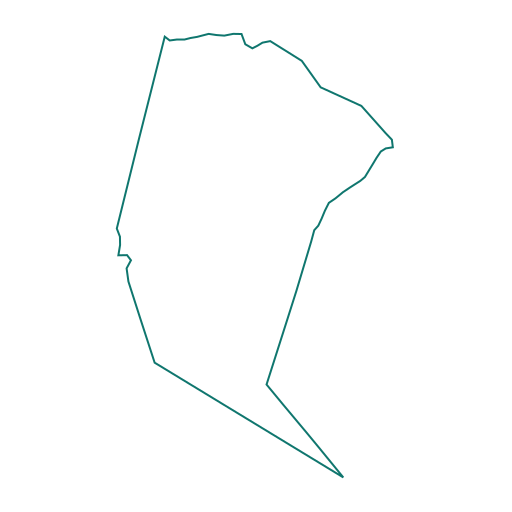 outline of Cruz do Espírito Santo, Paraíba, Brazil, rotated 179°
{"feature_id": "56859067B4098892245572", "entity_name": "Cruz do Espírito Santo", "entity_type": "district", "adm_level": 2, "iso_a3": "BRA", "parent_name": "Brazil", "parent_adm1": "Paraíba", "projection": "natural_earth1", "projection_center": [-35.118, -7.129], "detail": "fine", "context": "isolated", "style": "outline", "palette": "teal", "viewbox_px": 512, "rotation_deg": 179, "n_neighbors": 0, "source": "geoboundaries", "source_scale": "gbopen_adm2", "svg_char_len": 883}
<svg xmlns="http://www.w3.org/2000/svg" viewBox="0 0 512 512"><g transform="rotate(179 256 256)"><path d="M343.4,476.9L370.9,375.4L394.7,285.9L391.7,277.7L391.7,269.4L393.6,259.1L384.9,259.1L381.1,253.9L385.6,245.9L384.0,232.7L373.0,196.2L359.2,151.1L172.6,33.1L197.5,64.7L207.7,77.5L231.6,107.1L247.7,127.3L226.0,191.4L216.3,220.2L200.6,269.4L197.3,280.8L193.2,285.2L189.8,292.1L186.3,300.1L182.2,307.9L175.6,312.2L167.9,318.3L161.1,322.7L156.1,325.8L150.4,329.3L145.7,333.1L140.7,341.0L137.4,346.2L133.8,352.0L129.4,358.3L124.4,361.3L117.3,362.3L118.1,369.9L124.1,376.4L148.0,404.2L175.6,417.4L188.4,423.5L206.8,450.3L238.0,470.6L245.8,469.2L250.9,466.2L256.0,463.7L263.0,467.9L266.6,478.2L274.9,478.5L283.8,476.9L291.6,477.6L299.5,478.9L304.9,477.6L311.1,476.1L317.7,475.1L323.6,473.7L331.5,473.8L338.5,473.0L343.4,476.9Z" fill="none" stroke="#0f766e" stroke-width="2"/></g></svg>